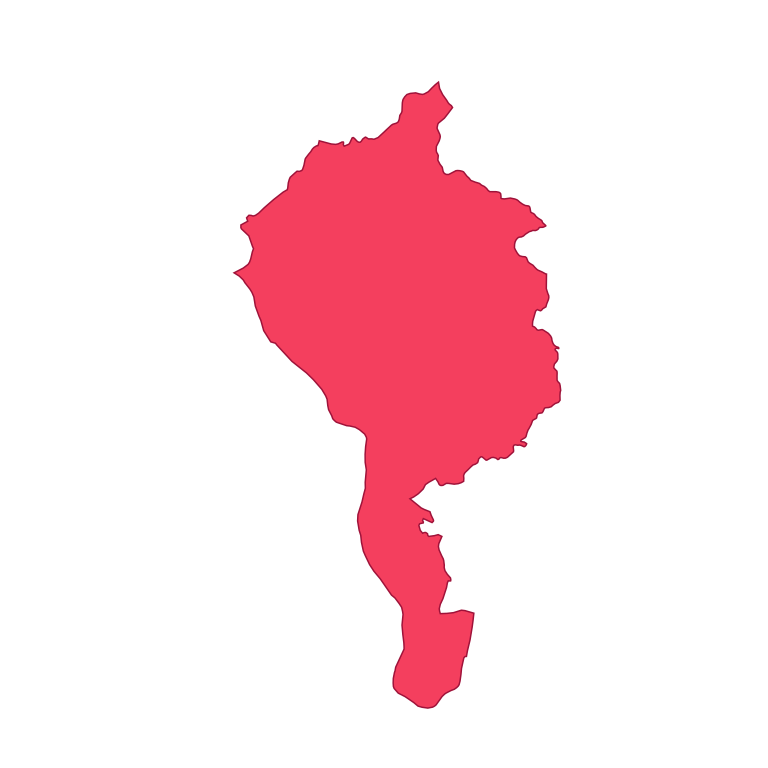 Thanh Ba, Phú Thọ, Vietnam (Mercator projection), rotated 13°
{"feature_id": "81297802B68203584934419", "entity_name": "Thanh Ba", "entity_type": "district", "adm_level": 2, "iso_a3": "VNM", "parent_name": "Vietnam", "parent_adm1": "Phú Thọ", "projection": "mercator", "projection_center": [105.178, 21.45], "detail": "fine", "context": "isolated", "style": "filled", "palette": "rose", "viewbox_px": 768, "rotation_deg": 13, "n_neighbors": 0, "source": "geoboundaries", "source_scale": "gbopen_adm2", "svg_char_len": 6152}
<svg xmlns="http://www.w3.org/2000/svg" viewBox="0 0 768 768"><g transform="rotate(13 384 384)"><path d="M493.8,690.4L499.6,689.9L504.1,687.9L505.7,686.5L506.9,685.0L510.9,675.4L512.8,672.5L514.1,671.1L518.1,667.7L521.2,665.6L523.1,663.5L524.3,661.6L524.8,660.1L524.9,656.4L524.3,649.6L523.5,643.7L523.4,633.0L523.9,631.8L524.5,631.2L525.6,630.9L525.3,624.9L525.4,614.2L524.6,601.3L524.0,594.8L523.1,587.1L513.9,586.6L510.3,587.0L503.1,591.2L497.1,593.3L490.5,595.1L489.3,592.9L488.4,590.6L488.4,586.0L489.7,579.9L490.7,568.3L490.5,563.3L490.9,561.4L493.2,560.9L493.2,559.9L492.4,558.0L488.4,555.1L485.4,552.2L483.9,549.2L483.5,547.0L481.9,542.6L481.0,541.0L478.5,538.0L475.0,533.3L473.6,530.2L473.3,527.3L474.7,519.5L470.7,518.6L467.1,520.5L462.0,522.4L460.8,521.8L460.1,520.1L458.1,519.3L456.6,519.7L455.2,520.7L452.3,518.5L449.8,514.0L450.1,512.2L453.5,510.5L453.4,509.6L452.3,508.5L452.6,506.3L462.0,508.2L463.0,506.6L463.0,506.0L462.6,505.2L459.5,501.3L457.5,498.1L451.4,497.2L448.1,496.4L435.1,490.0L438.3,487.4L442.2,483.1L445.8,477.5L447.0,472.7L449.8,469.6L455.5,464.4L458.5,467.1L460.3,469.4L461.1,469.9L462.3,470.1L464.2,469.5L467.0,466.8L469.4,466.3L474.9,465.8L478.8,464.4L481.4,462.8L483.5,460.9L483.0,458.0L482.2,455.5L482.3,453.8L482.9,452.0L485.3,448.4L487.0,445.6L488.9,442.9L491.1,441.5L492.9,439.6L493.1,437.9L493.1,435.7L494.5,433.4L495.6,432.9L496.8,433.3L500.5,435.2L501.4,435.0L505.1,431.6L506.1,431.2L507.3,430.9L509.7,431.0L511.9,432.0L512.8,431.5L513.3,430.2L514.1,429.5L515.1,429.3L517.3,429.4L519.1,428.9L520.8,427.6L525.4,420.9L525.3,419.8L524.1,416.3L524.1,415.3L524.6,414.2L525.8,413.7L528.1,413.6L529.7,413.0L531.4,413.0L534.5,413.6L535.2,413.3L536.0,412.1L536.4,410.9L536.4,410.0L533.7,409.0L531.6,409.2L530.2,409.1L530.0,408.4L530.3,407.6L533.7,404.4L534.2,403.2L534.3,399.6L534.7,396.5L535.3,394.7L536.5,390.3L537.0,386.2L537.7,385.3L539.8,383.5L540.3,382.7L540.2,379.8L540.4,378.9L541.6,377.7L544.4,376.6L545.1,375.2L545.8,371.6L546.7,370.8L549.7,369.9L552.1,368.5L553.3,366.7L555.2,364.5L558.1,362.6L559.2,360.2L558.0,355.6L557.5,352.2L557.6,350.5L556.0,346.0L555.0,344.0L552.8,342.5L551.8,341.4L550.8,337.3L550.3,334.7L549.9,333.3L549.5,332.5L548.0,331.6L545.9,330.1L545.5,328.8L545.6,326.1L547.3,322.9L547.8,320.5L546.6,315.7L546.1,314.6L545.6,314.0L543.2,312.4L542.9,311.7L543.0,311.3L543.5,310.7L544.5,310.3L546.2,310.2L546.3,309.7L545.7,309.1L543.2,308.8L541.3,308.0L539.9,306.8L539.1,305.8L537.9,303.8L537.0,301.5L535.6,299.8L532.8,297.7L527.0,295.6L525.8,295.4L522.3,296.9L520.8,296.7L519.8,295.8L517.9,294.6L515.7,294.2L515.2,292.2L514.8,289.3L515.3,279.4L515.6,278.3L516.7,277.0L518.9,277.4L520.2,277.4L521.1,276.3L521.7,275.0L524.4,272.4L524.5,269.5L525.2,264.9L525.2,262.9L524.7,261.0L523.1,258.7L520.7,254.6L517.6,240.3L516.9,240.4L512.6,239.2L508.3,238.4L507.1,237.9L504.7,236.4L502.5,234.8L498.6,233.5L496.9,232.5L494.4,228.9L493.0,228.3L490.0,228.7L487.5,228.6L486.3,228.0L484.4,226.5L481.9,223.8L480.5,222.0L479.8,218.4L479.8,215.9L480.3,213.8L481.1,212.2L481.8,211.2L482.7,210.5L484.8,209.8L486.6,208.4L488.1,206.2L491.4,202.8L492.9,202.0L494.4,200.9L497.1,200.4L498.4,199.5L499.0,198.9L499.6,198.1L499.9,197.1L500.5,196.4L503.4,195.6L504.3,195.1L505.9,193.8L506.1,193.5L505.8,193.1L502.6,191.3L502.0,190.8L501.2,189.5L500.2,188.9L497.2,187.9L494.5,186.6L492.4,184.8L490.9,184.2L489.6,184.0L488.3,183.5L486.7,179.7L486.0,178.6L485.0,178.0L481.5,178.3L478.6,177.6L475.4,176.3L473.5,175.2L472.1,174.6L469.9,174.3L465.3,174.4L459.6,176.6L456.9,176.9L456.1,176.5L455.8,174.9L454.9,172.4L453.9,171.6L452.8,171.3L450.1,171.4L443.8,172.8L441.9,172.0L440.0,170.4L437.4,169.0L434.3,168.3L432.0,167.1L429.4,166.9L427.5,166.8L422.8,166.1L420.5,164.2L418.1,162.9L413.8,159.4L412.2,159.1L410.0,159.1L407.8,159.4L406.1,160.0L399.9,165.3L399.0,165.5L397.4,165.8L395.9,165.4L394.7,164.7L393.7,163.4L392.0,159.7L389.1,157.3L386.1,153.8L385.5,149.2L384.1,147.3L383.2,146.6L382.3,144.5L381.6,140.7L383.1,134.6L383.3,131.6L383.1,130.0L382.4,128.5L378.5,123.4L378.1,122.6L378.0,118.8L378.4,117.5L383.0,111.5L385.5,106.2L388.6,99.2L387.0,97.6L384.7,96.6L383.2,95.5L381.4,93.6L376.0,88.8L371.7,83.6L369.2,77.6L366.6,80.9L364.0,84.9L361.4,89.3L357.9,92.4L356.3,93.2L353.2,93.4L349.4,93.2L344.1,95.0L341.2,96.8L339.6,99.5L338.6,102.3L338.5,103.5L338.6,105.9L340.2,114.3L340.0,115.9L339.0,118.7L339.3,122.7L338.9,125.4L337.5,127.0L334.2,128.9L333.0,130.1L322.8,145.2L319.2,147.8L316.9,147.9L313.7,148.7L311.3,147.8L310.5,147.6L309.7,148.2L308.1,150.2L307.3,152.5L306.4,153.8L305.1,154.1L303.5,153.7L299.9,151.3L298.5,150.8L297.6,151.4L296.4,157.0L295.7,158.4L291.7,161.2L290.5,159.9L290.4,158.2L290.0,157.4L288.7,157.6L285.4,160.3L283.0,161.4L278.6,162.0L266.2,161.6L266.2,164.7L266.0,166.6L264.6,167.2L262.5,169.3L261.4,171.2L260.4,174.1L258.9,177.0L257.0,181.2L256.6,182.5L256.8,188.9L256.4,193.2L255.8,194.5L253.7,195.9L251.4,196.2L249.9,198.2L246.1,203.7L245.7,205.8L245.5,209.5L246.1,214.5L246.1,216.4L242.5,219.8L235.0,229.1L227.6,239.3L223.4,245.8L220.7,248.7L218.6,249.8L216.7,249.6L214.4,250.0L212.7,253.0L214.6,256.1L208.8,261.2L209.4,263.9L210.2,264.9L219.0,270.1L224.9,279.5L226.4,281.5L226.0,284.9L226.0,292.0L225.6,295.5L224.7,298.0L220.8,302.7L212.9,309.4L218.7,311.4L223.5,314.3L225.8,316.7L231.9,321.6L234.6,324.3L237.6,328.4L241.1,337.0L247.0,346.1L249.7,349.7L254.8,359.1L264.2,368.4L269.1,368.7L270.8,370.1L289.3,382.7L305.9,390.6L314.3,395.7L324.6,403.2L329.9,408.7L332.0,411.7L334.1,417.7L335.8,421.5L340.2,426.7L341.9,429.4L343.8,430.7L346.1,431.9L348.8,432.2L357.0,433.0L360.2,432.6L365.7,432.6L370.3,434.0L376.4,437.1L378.7,439.7L379.5,441.4L380.2,449.2L381.4,456.7L383.3,464.6L386.1,471.6L387.8,484.0L389.3,489.8L389.1,495.5L389.1,503.9L388.0,517.1L389.1,523.4L392.7,532.1L395.4,536.7L397.7,543.4L401.5,551.5L404.3,555.3L410.6,563.2L416.3,568.7L424.1,574.6L438.8,588.0L442.8,590.0L448.3,594.6L451.4,597.6L453.3,601.5L454.4,604.3L455.8,614.9L458.7,623.8L461.6,631.8L462.7,635.7L463.2,637.8L459.1,657.3L459.3,661.1L459.1,662.7L459.3,668.8L460.2,673.3L461.2,676.6L462.4,678.4L467.4,682.0L475.0,683.9L484.9,687.8L489.6,690.2L493.8,690.4Z" fill="#f43f5e" stroke="#9f1239" stroke-width="1.5"/></g></svg>